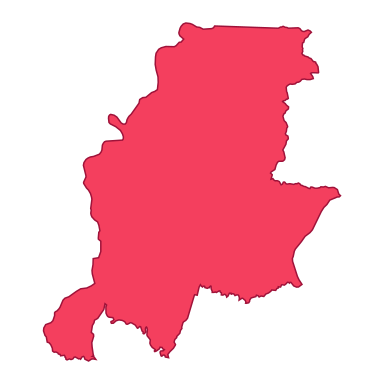 Villavieja, Huila, Colombia (Albers equal-area conic projection)
{"feature_id": "7082276B65922719732159", "entity_name": "Villavieja", "entity_type": "district", "adm_level": 2, "iso_a3": "COL", "parent_name": "Colombia", "parent_adm1": "Huila", "projection": "albers", "projection_center": [-75.128, 3.284], "detail": "fine", "context": "isolated", "style": "filled", "palette": "rose", "viewbox_px": 384, "rotation_deg": 0, "n_neighbors": 0, "source": "geoboundaries", "source_scale": "gbopen_adm2", "svg_char_len": 5929}
<svg xmlns="http://www.w3.org/2000/svg" viewBox="0 0 384 384"><path d="M54.1,352.2L55.7,352.0L56.7,352.3L58.1,353.2L58.4,354.0L60.1,354.4L60.6,355.8L64.3,355.3L65.1,356.5L65.0,357.1L65.8,357.9L65.9,359.2L67.0,359.9L69.5,358.9L70.8,359.5L71.7,359.4L73.0,358.8L74.0,357.3L75.3,357.0L78.7,358.9L80.1,358.7L80.6,359.2L82.2,356.8L83.5,356.4L84.2,357.1L84.9,359.2L88.6,361.0L91.5,359.1L93.2,358.9L95.8,359.4L93.7,356.5L92.4,356.3L93.6,355.5L93.2,354.5L92.1,346.9L91.8,342.6L93.7,336.2L93.5,334.3L91.3,332.4L92.4,325.5L94.0,322.7L94.5,320.2L97.7,318.4L103.8,309.5L105.0,303.7L106.6,305.0L105.9,307.2L106.0,313.1L106.9,315.2L107.7,316.4L109.0,317.2L112.9,317.6L113.9,319.6L113.0,320.7L111.0,321.5L111.0,322.7L111.5,323.3L113.4,323.2L116.1,320.8L118.9,319.9L122.2,320.4L123.7,321.1L125.0,322.0L126.1,323.9L126.8,324.2L127.6,324.2L130.4,322.7L131.6,322.9L135.3,325.1L137.4,328.2L138.3,327.9L139.6,326.5L140.6,326.7L142.1,331.1L143.1,331.9L143.1,333.5L143.6,333.8L144.5,333.6L145.6,332.1L145.4,329.0L145.6,327.8L146.3,327.0L146.8,327.4L147.4,329.4L146.9,334.9L147.3,336.0L150.3,339.8L149.9,343.2L150.5,345.0L152.2,347.4L155.3,349.6L155.3,350.2L154.4,350.8L154.4,351.2L154.8,351.6L156.4,351.0L159.4,348.8L160.1,347.2L162.2,347.5L162.6,348.7L164.3,349.6L163.1,350.8L160.8,351.0L160.3,351.4L160.1,352.7L161.0,355.8L161.8,356.2L163.1,355.1L163.9,355.0L164.9,355.6L165.3,357.0L168.6,357.7L167.8,354.5L169.9,351.7L173.4,348.3L175.3,345.2L175.5,344.5L174.1,342.1L174.8,339.5L176.7,337.6L176.7,336.5L179.8,333.3L180.5,330.4L181.9,328.5L181.7,327.1L182.9,322.9L183.5,321.9L185.8,320.4L187.5,318.3L194.4,295.1L194.7,294.7L197.2,295.2L199.1,287.1L200.4,284.7L201.6,286.4L202.6,287.0L203.1,286.2L204.2,286.2L204.7,286.4L204.9,287.6L207.3,288.3L208.4,287.8L209.4,287.7L209.5,286.8L210.8,286.0L211.1,286.4L211.2,288.9L212.2,291.3L212.2,292.4L213.9,292.4L215.4,292.0L216.3,292.5L219.2,290.9L219.9,290.9L220.2,292.0L221.4,292.9L221.3,294.9L222.9,295.1L224.5,294.3L225.3,294.5L226.4,295.8L226.7,297.1L227.9,296.2L229.4,293.2L231.0,293.2L231.0,294.0L231.3,294.2L232.7,293.7L233.9,294.0L235.0,295.6L236.7,294.9L238.0,294.9L238.7,295.6L239.4,297.9L239.1,300.1L241.9,298.3L242.7,298.3L245.3,300.5L245.9,302.2L245.6,303.2L246.1,303.3L248.7,302.8L249.6,301.4L249.8,299.8L251.2,297.9L255.9,296.6L256.4,295.2L258.1,295.7L259.1,297.0L261.1,296.0L263.8,296.5L265.9,294.0L268.5,293.0L270.8,291.3L271.7,290.0L275.7,290.4L276.9,288.5L278.3,288.0L278.3,286.7L280.2,287.1L280.7,286.9L281.5,284.9L282.0,284.7L284.4,285.1L286.0,283.9L287.4,282.3L289.2,282.5L289.4,283.1L290.5,282.3L291.0,282.4L293.7,285.9L296.5,287.1L298.5,287.0L302.0,284.4L299.0,279.8L297.4,276.4L292.6,261.4L292.4,258.4L293.2,256.5L294.3,251.3L295.3,249.1L301.4,241.6L305.1,236.3L310.0,232.6L312.4,229.8L321.3,211.5L323.9,207.4L326.9,204.5L329.8,200.1L337.2,197.0L339.2,196.9L340.5,195.7L338.8,194.0L337.4,189.6L334.3,187.6L332.8,187.4L328.6,187.8L325.4,186.4L323.5,187.0L320.8,186.8L320.0,187.6L317.2,188.2L314.9,188.2L312.5,187.2L311.1,187.0L310.6,187.2L310.1,188.5L309.1,188.5L305.3,186.6L303.8,186.4L302.1,185.4L301.2,185.4L299.7,183.7L298.3,183.0L297.1,183.7L295.4,183.7L293.8,184.4L289.8,183.7L287.1,184.1L285.9,183.7L284.9,182.3L284.2,182.0L283.3,182.2L282.4,184.2L281.1,184.8L279.3,181.6L278.4,181.1L277.1,180.7L275.1,180.8L273.8,179.9L272.9,178.6L271.0,179.2L272.2,175.1L272.2,174.6L270.5,173.1L271.2,171.9L274.9,169.5L276.1,165.1L277.5,162.3L278.8,161.3L282.8,161.2L284.6,159.7L285.1,157.7L283.8,151.9L282.8,150.0L285.9,144.3L286.5,140.8L288.2,139.0L288.3,138.2L287.9,136.1L285.9,134.9L285.4,133.7L286.4,131.3L286.7,128.3L287.6,126.9L287.6,126.3L286.1,122.6L284.1,120.6L282.9,116.1L284.0,113.7L285.0,113.2L285.9,110.9L288.4,108.9L288.6,106.9L286.4,105.1L285.3,103.6L282.6,101.6L283.2,100.9L285.1,100.5L286.4,99.2L287.5,99.1L288.3,98.4L287.2,92.8L286.6,91.6L286.2,87.3L286.8,86.2L288.7,84.7L290.3,84.0L292.1,84.3L295.1,83.9L296.8,82.4L298.8,82.1L300.3,81.2L301.8,79.4L304.4,79.0L307.0,79.6L310.1,79.6L313.3,78.6L312.8,76.7L310.6,73.4L311.4,72.9L313.0,72.7L318.2,72.9L318.6,72.4L318.0,66.7L316.7,64.2L315.8,63.3L315.8,62.3L314.7,61.7L313.4,61.6L310.9,58.5L309.4,58.1L308.1,57.0L304.4,55.9L303.8,55.1L302.9,55.0L301.9,53.5L302.8,51.2L302.4,49.7L302.9,48.8L302.2,46.9L302.5,43.0L303.7,42.4L304.6,39.2L305.2,38.5L307.8,36.8L309.1,34.4L311.4,32.3L310.2,31.0L308.0,30.0L304.3,31.5L302.7,31.4L301.4,30.6L299.9,28.6L298.2,27.8L288.4,28.2L287.0,27.5L284.8,27.2L283.5,26.4L282.5,26.5L281.6,27.1L280.6,27.0L278.4,28.2L277.6,28.2L214.6,26.0L213.6,27.7L211.8,28.6L203.2,29.2L199.8,27.4L196.7,27.0L192.4,24.4L190.0,23.5L185.8,23.0L183.2,24.0L181.1,26.3L180.1,28.2L178.9,32.5L179.0,33.8L179.9,35.8L183.7,39.1L181.1,42.1L179.2,42.3L176.1,45.7L174.3,46.7L165.9,46.5L161.2,47.8L158.7,49.3L156.1,53.2L155.5,56.9L155.2,64.4L156.2,70.2L158.0,76.8L158.2,82.4L157.4,89.6L154.8,91.4L151.6,92.6L145.9,97.3L142.7,97.6L139.7,99.5L139.0,103.2L131.2,114.2L129.0,116.3L127.9,118.0L127.0,119.8L126.4,122.6L125.1,124.1L123.2,124.1L121.2,123.0L116.9,117.1L114.1,115.2L110.7,114.4L109.6,115.0L108.7,116.3L108.5,118.3L109.0,122.5L110.3,123.9L115.8,126.7L120.5,130.5L122.5,134.0L123.4,136.9L123.2,139.0L122.5,140.1L106.0,141.2L104.5,141.8L103.3,143.3L102.4,145.1L101.9,150.1L101.1,152.0L99.4,154.2L93.7,156.4L90.3,157.0L87.9,158.1L86.0,159.5L84.0,162.5L83.4,165.3L85.9,175.5L86.0,177.0L83.6,182.3L83.7,183.5L86.5,188.0L88.5,190.1L90.5,193.6L91.5,197.0L91.9,199.3L90.7,208.6L91.2,210.0L90.8,213.3L91.1,214.9L91.9,216.9L94.6,219.9L97.6,221.9L98.9,225.4L99.9,230.8L98.8,232.3L98.3,238.0L98.4,239.2L100.8,241.2L100.8,251.5L98.6,257.7L93.2,258.6L93.0,264.7L92.0,270.4L92.3,273.9L94.8,283.4L91.4,285.8L86.8,288.0L80.7,288.8L76.5,291.3L68.8,296.8L64.9,298.2L63.0,300.2L60.0,307.3L58.9,308.9L56.9,311.0L55.3,311.8L54.6,312.8L54.6,315.7L52.9,320.7L50.9,322.7L45.7,324.6L43.8,328.0L43.5,330.9L45.0,335.4L46.3,336.9L47.2,342.1L49.3,342.9L50.8,344.8L52.3,348.1L52.6,351.1L54.1,352.2Z" fill="#f43f5e" stroke="#9f1239" stroke-width="1.5"/></svg>